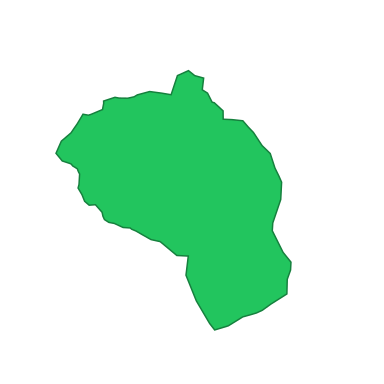 Xairxandulaan, Övörhangay, Mongolia, rotated 305°
{"feature_id": "93677404B8353110433001", "entity_name": "Xairxandulaan", "entity_type": "district", "adm_level": 2, "iso_a3": "MNG", "parent_name": "Mongolia", "parent_adm1": "Övörhangay", "projection": "equal_earth", "projection_center": [102.066, 45.837], "detail": "fine", "context": "isolated", "style": "filled", "palette": "green", "viewbox_px": 384, "rotation_deg": 305, "n_neighbors": 0, "source": "geoboundaries", "source_scale": "gbopen_adm2", "svg_char_len": 1173}
<svg xmlns="http://www.w3.org/2000/svg" viewBox="0 0 384 384"><g transform="rotate(305 192 192)"><path d="M135.6,317.5L145.2,320.8L162.9,328.2L175.1,320.1L184.6,317.5L191.3,313.3L194.8,301.2L206.3,280.0L213.0,275.9L236.7,269.0L251.4,259.8L254.8,254.2L259.2,246.2L268.4,234.0L270.2,222.8L276.0,208.2L277.5,200.7L279.5,192.8L274.2,183.2L269.5,175.8L276.3,170.9L277.9,159.0L277.1,157.0L281.9,148.0L281.6,141.8L292.0,136.2L288.9,127.5L289.4,119.5L279.0,113.3L259.7,119.1L255.5,110.3L250.0,99.7L240.2,91.5L236.8,90.0L232.0,85.6L227.1,78.4L225.4,74.6L215.8,67.4L214.0,68.8L208.2,71.4L197.6,64.7L195.5,63.1L193.2,58.1L181.9,58.9L176.4,58.9L171.1,59.0L158.7,55.8L145.7,58.4L143.0,67.9L145.3,75.5L145.6,76.8L144.9,79.6L145.1,81.7L145.2,84.9L144.4,85.9L143.3,87.6L142.3,89.6L133.4,95.1L129.9,96.4L126.7,103.4L122.8,109.4L122.2,115.3L126.2,120.2L123.8,130.0L121.1,132.9L119.2,136.1L119.4,141.3L121.7,146.4L123.4,155.9L127.1,162.0L126.9,163.8L127.9,168.5L128.6,176.5L129.5,185.7L133.1,194.4L131.3,216.0L137.4,225.7L120.4,234.8L105.3,258.0L94.4,281.9L92.0,289.7L103.2,298.5L118.8,305.2L125.1,310.4L129.9,314.2L135.6,317.5Z" fill="#22c55e" stroke="#15803d" stroke-width="1.5"/></g></svg>